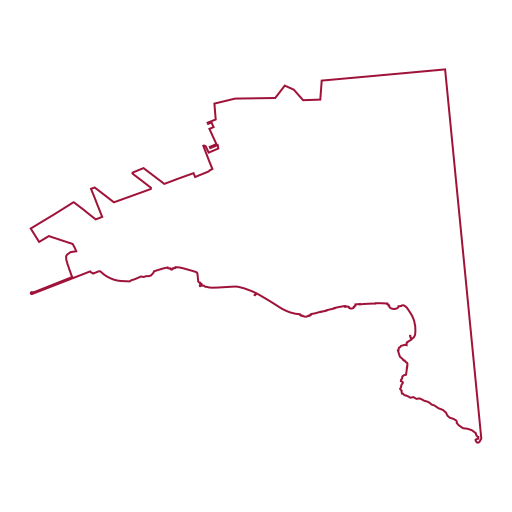 outline of Municipality B, Montevideo, Uruguay
{"feature_id": "84410073B6453147989031", "entity_name": "Municipality B", "entity_type": "district", "adm_level": 2, "iso_a3": "URY", "parent_name": "Uruguay", "parent_adm1": "Montevideo", "projection": "robinson", "projection_center": [-56.188, -34.909], "detail": "fine", "context": "isolated", "style": "outline", "palette": "rose", "viewbox_px": 512, "rotation_deg": 0, "n_neighbors": 0, "source": "geoboundaries", "source_scale": "gbopen_adm2", "svg_char_len": 5051}
<svg xmlns="http://www.w3.org/2000/svg" viewBox="0 0 512 512"><path d="M214.4,103.6L215.7,119.5L207.6,122.7L208.1,123.9L211.5,122.5L213.6,127.1L209.4,128.9L216.4,144.1L209.8,146.9L210.3,148.1L217.7,145.1L218.3,148.5L213.9,150.4L208.7,152.6L205.7,146.3L204.0,145.5L203.3,145.8L208.9,160.4L212.4,169.0L209.9,170.2L209.9,170.3L208.5,171.5L195.1,177.0L193.5,173.2L178.6,178.5L164.3,183.9L143.5,168.1L132.6,172.6L132.5,173.6L150.9,187.7L150.8,189.0L113.9,202.3L94.7,187.5L91.0,188.8L95.3,199.4L97.2,204.4L102.2,216.9L95.7,219.4L87.1,212.6L84.2,210.2L74.1,202.5L73.4,202.3L54.6,214.1L30.7,228.5L39.1,241.9L48.8,236.1L72.7,244.0L75.0,248.3L76.2,251.3L70.6,252.1L68.8,253.4L67.1,254.6L66.1,256.3L66.3,259.9L67.2,262.7L67.5,264.0L68.2,265.9L69.5,269.9L70.2,271.6L70.8,273.5L71.5,275.5L72.3,277.0L33.0,292.6L32.9,292.3L32.4,292.5L31.8,292.1L31.1,292.4L31.0,292.7L30.8,293.0L30.8,293.4L31.0,293.7L31.3,294.0L31.8,294.1L74.8,277.4L90.2,271.4L90.7,272.0L91.3,272.6L93.2,273.2L93.3,273.5L96.1,272.4L98.6,271.4L99.5,271.2L100.5,271.5L102.2,273.0L104.1,274.6L106.2,276.0L108.4,277.3L110.7,278.4L113.7,279.6L117.1,280.5L120.0,280.9L122.9,281.1L129.7,281.4L131.6,280.1L133.6,279.6L135.5,278.9L141.0,276.5L143.6,277.0L146.4,276.1L148.8,276.1L151.0,275.5L152.6,273.7L153.5,272.7L154.0,271.3L159.1,269.7L163.4,268.4L165.2,268.0L167.6,267.5L167.7,267.9L167.8,267.9L168.0,268.2L168.3,268.3L170.2,268.3L170.2,268.7L170.6,268.7L170.8,269.2L171.1,269.5L171.7,269.6L172.2,269.4L172.6,269.1L172.7,268.6L173.1,268.6L173.2,268.2L174.9,268.1L174.9,267.9L175.2,267.9L175.3,267.8L175.4,267.5L175.6,267.5L175.6,267.2L177.3,267.3L179.0,267.4L181.6,267.9L184.3,268.6L192.8,271.0L196.0,272.0L197.1,272.7L197.5,274.2L198.2,281.3L198.6,282.0L199.1,282.4L199.7,282.6L200.3,282.7L200.4,283.1L200.4,283.6L200.0,283.6L200.1,284.0L201.4,283.9L201.7,284.1L201.8,285.3L200.7,285.4L200.1,285.5L199.8,285.8L199.9,286.0L200.1,286.2L200.7,285.9L201.4,285.7L203.9,285.7L204.6,286.3L205.7,286.9L207.1,286.9L208.7,287.4L211.7,287.7L216.6,287.6L223.8,287.2L231.9,286.7L234.0,286.6L236.9,286.6L238.4,286.9L239.8,287.2L244.7,288.5L249.8,290.4L253.1,291.7L256.3,293.3L254.7,295.0L255.0,295.2L256.8,293.5L260.2,295.4L268.5,300.3L274.3,303.9L278.8,306.8L282.4,309.0L286.1,310.8L290.1,312.4L295.2,313.7L300.0,314.3L300.0,314.8L300.2,315.1L300.3,315.1L300.5,315.2L300.8,315.2L300.8,315.3L301.0,315.6L302.5,315.7L302.5,316.1L303.1,316.2L303.7,316.3L304.2,316.5L304.7,316.6L305.2,316.7L305.7,316.7L306.2,316.7L306.7,316.6L307.2,316.3L307.7,316.1L308.2,316.0L308.7,315.9L308.9,315.9L308.8,315.6L310.2,315.3L310.3,315.3L310.4,315.2L310.4,314.9L310.7,314.9L310.9,314.9L311.0,314.8L311.1,314.7L311.2,314.4L311.2,314.0L314.9,313.4L321.2,311.6L321.3,311.9L325.1,310.8L325.2,311.0L326.8,310.5L326.8,310.2L334.5,308.4L334.4,308.0L339.6,306.9L344.7,306.0L344.8,306.5L345.5,306.3L345.6,306.8L347.6,306.5L347.8,306.7L348.1,306.7L348.5,306.8L348.8,307.0L348.9,307.5L349.3,307.5L349.4,308.0L349.8,308.3L350.8,308.5L352.0,308.5L353.3,308.0L353.8,307.6L354.0,307.2L353.9,306.9L354.4,306.8L354.4,306.3L354.7,305.9L355.0,305.7L355.4,305.6L355.4,304.4L359.8,304.0L359.8,304.4L363.6,304.0L367.5,303.8L371.6,303.6L375.5,303.6L375.6,303.2L380.5,303.2L387.3,303.5L387.3,304.2L387.8,304.3L388.3,304.6L388.5,305.0L388.5,305.5L389.2,305.5L389.4,306.8L389.9,307.5L390.5,308.0L391.4,308.5L392.3,308.7L393.2,308.9L394.1,309.0L394.9,308.9L395.7,308.8L396.5,308.5L397.3,308.2L397.9,307.6L398.4,306.9L398.5,306.2L399.2,306.2L399.6,306.3L399.9,306.3L400.1,306.1L400.5,306.0L401.3,306.0L401.6,305.6L402.0,305.4L403.4,305.3L404.4,305.7L405.4,306.5L406.3,307.1L407.6,308.7L411.2,314.2L412.4,316.4L413.5,319.1L414.3,321.4L414.7,323.8L415.2,326.0L415.3,328.6L415.4,330.9L415.2,333.4L415.1,334.6L414.7,335.7L414.1,336.9L413.3,337.8L411.4,339.0L410.4,336.6L410.3,335.9L410.1,335.9L410.2,336.6L411.4,339.6L407.0,342.3L407.2,342.6L406.8,343.0L406.6,343.4L406.6,344.6L406.6,345.2L404.9,344.8L401.0,345.9L400.2,347.0L398.8,347.9L398.5,350.4L397.9,350.5L399.9,356.7L403.1,359.5L403.1,359.9L403.9,360.6L404.7,360.5L406.0,362.3L406.7,362.5L407.4,363.3L407.4,364.7L407.3,366.3L407.1,366.3L406.9,367.3L407.1,367.3L406.0,374.7L403.8,375.3L402.3,376.5L402.2,378.4L401.1,379.7L400.9,381.2L402.4,381.7L402.8,382.4L402.8,382.9L402.6,383.3L402.0,384.1L401.1,385.8L401.2,386.8L400.1,388.9L401.7,390.8L401.5,391.4L402.0,393.6L402.8,393.6L404.1,394.8L405.3,395.5L406.2,395.5L406.9,395.9L409.0,396.8L409.8,397.5L410.6,397.7L413.3,397.1L416.5,398.9L419.3,398.4L421.6,399.3L424.1,400.7L427.9,401.8L429.9,403.0L431.5,404.5L434.3,405.4L438.4,408.2L442.8,409.9L446.0,412.6L447.4,415.6L449.6,417.6L453.5,418.9L456.1,420.4L456.8,421.6L456.8,423.1L458.9,425.4L463.0,428.2L467.7,428.8L471.8,430.2L475.7,433.1L475.9,433.3L475.9,434.1L476.2,434.9L476.7,435.9L477.7,436.7L478.3,436.9L478.3,437.9L478.3,438.7L477.6,438.8L476.1,439.3L475.5,439.9L475.7,440.8L476.6,442.1L477.2,442.6L478.5,442.6L479.7,441.5L481.3,438.6L463.3,254.7L445.1,69.4L321.7,80.6L320.3,99.6L303.1,100.2L293.8,89.7L284.8,85.6L275.2,98.0L235.1,98.6L214.4,103.6Z" fill="none" stroke="#9f1239" stroke-width="2"/></svg>